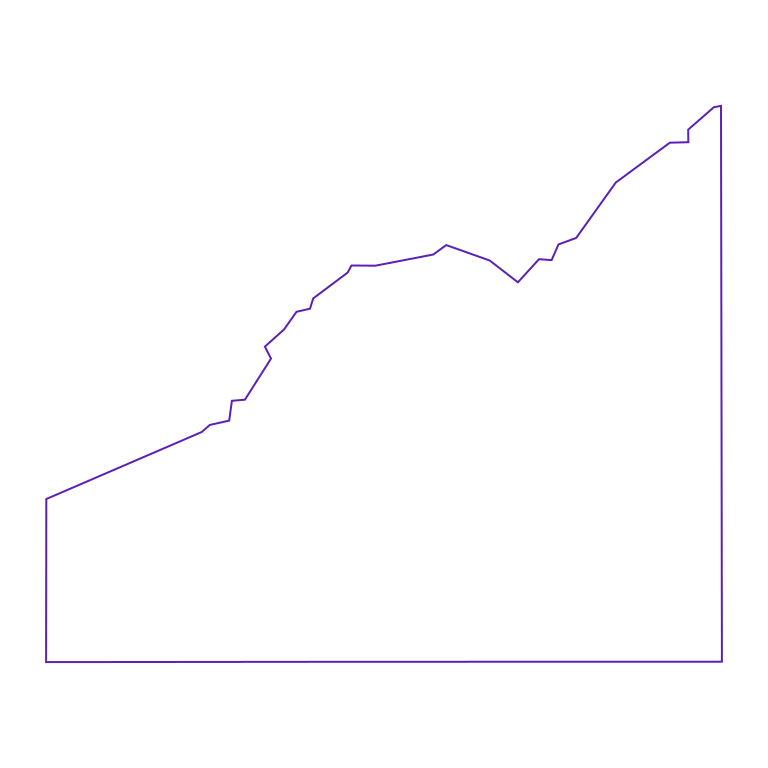 outline of Delta, Colorado, United States of America
{"feature_id": "52423323B92734550287549", "entity_name": "Delta", "entity_type": "district", "adm_level": 2, "iso_a3": "USA", "parent_name": "United States of America", "parent_adm1": "Colorado", "projection": "equal_earth", "projection_center": [-107.875, 38.943], "detail": "fine", "context": "isolated", "style": "outline", "palette": "violet", "viewbox_px": 768, "rotation_deg": 0, "n_neighbors": 0, "source": "geoboundaries", "source_scale": "gbopen_adm2", "svg_char_len": 533}
<svg xmlns="http://www.w3.org/2000/svg" viewBox="0 0 768 768"><path d="M721.0,105.9L713.9,107.2L688.2,129.6L688.3,142.2L669.8,142.7L615.8,182.5L576.2,237.9L558.5,244.4L551.6,260.1L539.0,259.2L517.9,282.3L489.7,260.5L446.2,245.1L433.3,254.5L375.3,265.7L351.5,265.5L347.6,272.6L313.2,298.4L310.0,308.7L296.5,311.8L284.0,329.5L264.9,346.6L271.0,358.6L244.9,399.7L231.9,400.8L229.2,420.6L209.9,424.9L201.7,432.0L46.3,499.0L46.1,662.1L338.4,661.8L721.9,661.7L721.9,641.6L721.0,105.9Z" fill="none" stroke="#5b21b6" stroke-width="2"/></svg>